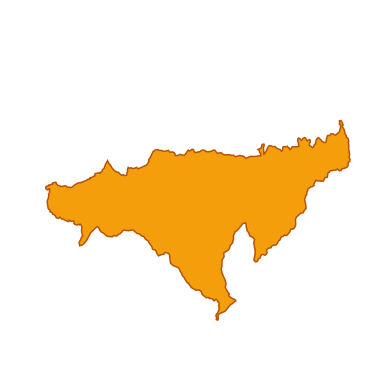 outline of Huamalies, Huánuco, Peru, rotated 198°
{"feature_id": "86281439B96398327811884", "entity_name": "Huamalies", "entity_type": "district", "adm_level": 2, "iso_a3": "PER", "parent_name": "Peru", "parent_adm1": "Huánuco", "projection": "robinson", "projection_center": [-76.611, -9.407], "detail": "fine", "context": "isolated", "style": "filled", "palette": "amber", "viewbox_px": 384, "rotation_deg": 198, "n_neighbors": 0, "source": "geoboundaries", "source_scale": "gbopen_adm2", "svg_char_len": 6006}
<svg xmlns="http://www.w3.org/2000/svg" viewBox="0 0 384 384"><g transform="rotate(198 192 192)"><path d="M80.6,287.4L80.4,285.3L80.7,284.1L79.9,281.6L80.4,280.2L82.3,280.0L84.3,280.4L85.3,281.5L86.4,281.5L87.3,282.4L88.8,282.8L90.0,280.5L89.6,276.6L89.8,275.3L90.3,274.7L90.3,272.7L91.1,271.5L94.6,272.6L95.1,273.9L95.1,276.8L96.2,278.3L98.4,276.2L100.9,278.5L101.6,278.6L103.0,277.3L103.7,275.2L104.1,274.9L106.1,276.2L107.2,276.3L107.7,275.7L107.5,273.8L105.9,271.4L104.5,268.2L108.1,266.6L110.6,266.2L111.1,264.0L112.0,262.5L113.3,263.9L114.5,264.1L115.4,265.0L117.4,263.8L119.2,263.3L119.4,262.3L118.8,260.1L119.4,258.4L121.4,259.5L124.9,259.7L127.0,260.9L129.2,260.1L130.9,260.4L132.8,260.0L133.5,258.7L134.2,253.3L134.8,250.8L135.3,250.2L137.7,256.2L137.9,259.1L138.4,259.7L139.5,259.3L140.0,258.7L139.9,255.6L140.5,254.5L142.4,252.9L140.9,252.1L139.7,250.4L138.5,249.7L137.9,247.6L140.0,246.9L142.6,245.4L147.2,244.1L151.1,240.7L152.4,241.0L153.1,241.7L155.6,241.9L156.4,241.4L157.6,241.7L161.6,238.9L164.2,239.8L164.8,239.3L167.8,239.0L172.6,237.3L175.2,237.7L176.1,238.4L180.1,236.7L183.4,238.9L185.2,238.0L186.2,236.7L189.1,235.2L191.1,234.9L193.0,235.6L195.2,235.0L197.4,232.5L199.4,231.6L200.0,230.8L202.0,230.7L203.3,231.8L203.7,232.9L205.1,232.6L206.8,230.3L207.7,230.3L208.4,230.8L208.7,230.5L209.6,227.0L210.7,224.4L215.2,224.0L217.1,222.2L218.7,221.6L219.5,221.8L220.0,223.1L221.4,224.0L223.3,224.0L225.2,223.0L227.3,224.3L231.0,222.0L234.2,222.1L235.0,221.6L237.4,221.7L239.4,220.9L240.5,220.2L240.6,219.2L241.3,218.8L241.6,218.2L242.3,212.2L243.1,209.4L242.5,207.5L243.4,203.7L250.4,197.4L252.4,198.3L253.6,197.0L256.0,195.9L257.5,196.3L258.4,195.3L260.3,195.7L260.3,193.1L259.6,192.2L259.8,190.5L259.3,188.1L260.1,187.3L261.1,186.8L262.7,187.2L264.4,186.1L266.7,187.1L268.0,188.1L269.4,187.6L273.0,188.6L275.8,190.4L278.3,192.8L279.7,193.3L282.0,195.7L282.8,191.6L282.9,187.4L284.0,185.6L284.1,183.4L285.2,182.3L285.2,181.8L285.8,182.0L286.3,181.1L287.0,181.2L289.6,179.7L289.9,179.0L289.4,177.2L290.0,177.0L291.4,175.3L293.4,174.0L293.3,173.6L292.8,173.3L293.9,172.7L293.9,172.1L295.2,171.9L295.8,170.6L298.9,168.1L299.3,167.2L300.6,167.0L301.1,166.2L303.2,165.4L306.1,162.0L307.3,159.9L308.7,158.7L310.0,158.7L311.4,158.1L312.3,158.1L313.4,158.7L314.6,158.7L318.7,156.5L319.7,157.1L321.6,156.8L322.3,157.4L323.6,157.8L324.1,159.0L324.8,159.1L327.3,157.6L327.1,156.2L328.1,156.0L328.9,154.8L330.2,154.6L330.6,153.3L332.1,152.6L332.6,151.7L332.1,150.1L331.5,149.7L329.9,149.4L328.8,151.1L328.1,150.6L327.9,148.8L327.3,147.5L327.8,145.6L326.9,143.9L327.0,142.6L326.6,141.3L327.0,139.9L326.7,137.9L325.6,135.5L323.7,131.9L322.9,131.3L321.9,131.3L321.3,130.7L321.0,129.2L318.8,129.3L317.7,127.8L316.0,127.8L314.4,127.0L313.0,125.5L310.7,125.8L309.9,127.3L307.8,126.1L306.1,126.3L300.8,125.5L300.2,125.8L300.1,127.3L298.1,126.8L295.7,127.7L294.9,127.2L294.6,125.6L293.0,124.9L292.0,125.2L291.1,125.0L290.2,126.1L289.4,126.3L288.9,125.9L288.2,126.8L287.3,126.3L285.5,123.9L285.4,122.1L284.7,119.9L283.8,118.8L283.0,116.9L282.3,116.7L283.2,114.4L283.2,112.2L283.8,109.6L283.6,108.6L282.1,106.1L279.9,107.8L278.7,109.7L277.3,113.2L275.8,121.9L271.6,129.8L270.1,129.5L267.5,126.8L265.6,125.9L262.9,125.3L259.8,123.9L258.1,123.8L254.1,124.7L253.4,125.9L252.7,126.4L249.9,126.9L248.8,129.0L247.2,130.5L245.5,134.5L240.5,135.5L236.5,137.7L231.5,135.6L229.0,135.9L226.2,134.6L224.2,134.8L221.6,132.7L218.8,132.0L215.2,128.9L213.7,128.1L212.0,125.6L211.1,125.3L209.6,125.6L208.1,124.8L206.3,122.6L204.1,120.9L202.0,122.8L199.6,124.1L198.8,126.2L195.2,126.4L193.9,125.1L190.5,117.7L187.1,116.2L182.3,115.9L180.8,115.3L178.4,112.6L176.7,111.5L175.3,109.4L173.6,108.6L168.7,104.3L166.4,103.7L165.8,102.7L164.3,102.1L163.2,100.9L159.1,100.2L158.0,99.7L156.1,100.7L153.6,100.8L151.6,99.2L150.7,97.7L145.7,95.8L144.0,96.7L142.7,96.6L142.3,96.2L139.8,96.7L137.3,95.3L136.7,95.9L136.4,97.2L135.9,97.3L134.7,96.9L133.8,95.6L132.2,95.3L131.4,93.5L131.7,92.3L130.5,91.2L130.7,90.0L130.1,89.5L129.8,88.4L130.5,84.2L131.0,83.5L131.0,81.7L129.8,80.2L129.6,78.4L128.1,78.0L127.8,78.4L127.9,80.0L129.1,82.3L128.5,84.5L123.7,88.8L120.6,96.7L119.0,98.5L117.2,101.6L116.7,101.9L117.3,102.8L122.0,103.4L125.2,104.9L125.3,105.5L125.0,106.3L125.5,107.0L126.8,107.7L130.8,111.4L131.1,112.2L131.0,114.0L131.5,115.8L133.5,118.7L138.4,124.1L140.6,128.1L140.5,130.3L142.4,136.4L141.5,140.2L142.9,143.6L142.7,144.2L139.8,147.6L139.0,149.2L139.0,153.0L137.5,156.7L138.2,157.9L137.8,159.5L139.1,163.1L138.7,165.7L138.8,167.5L137.1,169.3L133.9,177.6L131.7,179.2L130.4,177.8L129.4,175.0L128.5,174.1L127.8,172.3L125.1,170.4L123.6,168.2L122.7,167.8L120.5,167.8L117.8,166.1L117.6,162.8L113.7,155.4L112.6,151.6L112.2,146.6L111.7,146.0L109.8,145.2L108.6,146.0L108.2,147.0L108.2,148.6L106.7,150.7L106.9,152.3L106.4,153.9L105.8,154.4L103.0,154.5L102.3,155.2L101.9,157.9L103.1,159.3L103.1,160.0L101.9,162.2L99.6,163.4L99.5,165.0L98.6,166.2L95.5,167.9L94.3,172.4L93.6,173.5L93.3,176.6L92.0,177.8L90.7,179.7L89.7,179.4L88.4,180.0L86.7,184.2L86.6,187.1L86.0,187.5L84.8,187.6L83.5,189.4L83.2,192.7L85.2,198.3L84.9,200.5L82.0,205.5L79.7,206.8L79.6,209.0L78.4,211.6L80.1,215.5L82.5,219.4L82.7,223.3L82.1,224.4L82.1,225.3L82.7,227.1L82.4,228.7L82.8,230.2L80.7,233.6L79.6,234.0L77.9,235.8L78.5,237.5L77.8,241.5L76.5,241.3L70.7,242.7L70.4,243.2L69.9,246.9L67.9,247.7L68.5,251.9L68.2,252.9L67.4,253.3L67.3,254.2L66.5,255.4L65.4,255.5L64.1,256.5L61.5,257.5L60.8,258.9L58.4,257.7L57.8,258.5L56.8,258.5L56.7,259.9L56.1,260.6L54.2,261.7L52.4,263.4L51.8,264.8L51.8,265.9L52.6,268.1L52.3,269.0L51.4,269.6L51.7,271.7L52.3,272.6L53.4,273.3L53.6,276.2L55.7,280.1L56.6,282.1L56.6,283.2L57.2,283.7L57.5,285.6L58.8,287.2L58.4,288.1L59.3,290.2L60.4,291.3L62.2,292.1L62.9,293.4L64.5,294.7L66.5,298.3L68.9,300.5L69.6,301.7L69.0,302.4L70.1,304.0L72.4,306.0L73.8,305.2L73.2,304.1L72.8,302.1L71.9,302.0L70.7,299.5L70.5,294.5L73.1,290.4L76.0,290.9L78.0,290.1L78.1,289.1L78.9,288.0L80.0,287.9L80.6,287.4Z" fill="#f59e0b" stroke="#b45309" stroke-width="1.5"/></g></svg>